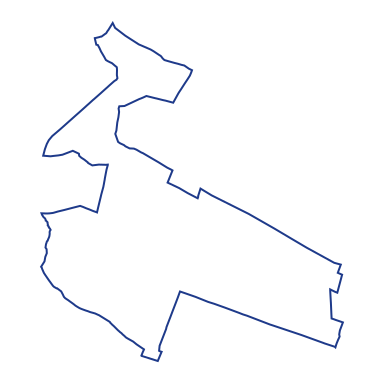 outline of Cuapiaxtla de Madero, Puebla, Mexico
{"feature_id": "50627088B85656564862732", "entity_name": "Cuapiaxtla de Madero", "entity_type": "district", "adm_level": 2, "iso_a3": "MEX", "parent_name": "Mexico", "parent_adm1": "Puebla", "projection": "robinson", "projection_center": [-97.835, 18.928], "detail": "fine", "context": "isolated", "style": "outline", "palette": "blue", "viewbox_px": 384, "rotation_deg": 0, "n_neighbors": 0, "source": "geoboundaries", "source_scale": "gbopen_adm2", "svg_char_len": 4213}
<svg xmlns="http://www.w3.org/2000/svg" viewBox="0 0 384 384"><path d="M274.6,228.7L248.7,213.9L211.7,195.4L204.6,191.1L200.5,188.6L198.1,196.2L198.2,196.9L197.7,198.3L187.7,193.1L179.2,188.1L167.6,182.6L172.5,170.4L171.3,169.7L167.3,167.7L159.2,162.7L158.9,162.5L142.8,153.1L141.3,152.5L136.5,149.7L133.9,148.6L129.6,148.4L125.4,146.3L124.0,145.1L120.1,143.3L118.1,141.9L115.3,133.9L116.4,130.5L116.7,127.8L117.3,122.4L118.4,117.3L119.1,111.9L118.6,108.5L119.3,106.3L124.5,106.0L139.4,99.0L139.7,98.9L140.8,98.5L143.2,97.5L146.4,96.0L149.6,96.8L155.2,98.2L156.6,98.5L163.0,100.1L164.4,100.4L165.4,100.6L168.0,101.3L172.1,102.4L173.2,102.7L178.1,93.8L178.7,92.8L178.8,92.6L181.2,89.0L184.8,83.4L187.6,79.2L189.9,75.6L191.2,72.5L192.0,70.2L188.9,68.7L184.3,65.5L181.3,64.8L178.0,63.8L174.4,62.9L171.2,62.0L168.7,61.3L164.6,60.1L164.0,59.7L163.3,59.0L162.5,58.2L161.4,56.7L160.9,56.1L160.2,55.6L159.2,55.0L153.5,51.2L150.6,49.5L138.8,44.4L125.3,35.7L115.1,27.9L112.7,23.0L108.1,30.4L107.8,30.6L106.2,33.2L105.8,33.5L105.3,33.8L101.5,36.6L100.8,36.6L99.3,37.1L95.1,38.1L94.8,38.1L94.8,38.3L95.3,40.5L96.3,44.7L97.8,45.0L99.5,48.1L101.1,51.7L101.2,51.8L101.8,52.8L104.1,56.7L105.9,60.0L106.6,60.4L107.5,61.0L108.5,61.5L110.7,62.6L111.5,62.9L112.0,63.2L113.2,64.2L114.7,65.5L116.7,67.1L116.9,67.9L117.0,70.2L116.9,73.9L116.9,74.0L116.9,75.3L117.2,76.8L117.4,78.3L117.0,78.8L116.5,79.7L114.4,81.0L112.9,82.3L111.2,83.8L109.4,85.4L106.9,87.7L106.3,88.2L101.4,92.6L101.2,92.8L93.6,99.5L93.3,99.7L88.9,103.7L86.4,105.9L86.0,106.3L84.1,108.0L79.3,112.3L76.0,115.2L73.2,117.7L69.6,120.9L60.4,129.1L52.2,136.1L48.8,140.2L46.8,144.0L44.9,149.2L43.2,155.7L50.5,156.3L53.8,155.9L58.4,155.4L62.5,154.7L69.1,152.2L72.8,150.8L78.9,153.7L79.2,155.8L81.3,157.7L84.4,159.7L87.9,162.5L88.1,163.0L92.3,165.4L98.8,164.6L106.0,164.8L107.8,164.6L107.8,165.0L106.8,168.6L106.7,169.0L106.6,169.3L106.1,171.8L104.8,178.7L104.7,179.6L104.3,181.7L103.8,184.5L103.3,187.1L103.2,187.4L101.3,194.4L100.7,197.0L99.5,201.9L98.2,207.3L97.0,212.4L96.8,212.3L93.1,211.0L89.5,209.5L86.0,208.2L84.4,207.5L82.7,206.8L80.1,205.9L71.9,208.0L64.2,210.0L58.0,211.5L53.5,212.8L52.5,213.0L49.1,213.4L46.5,213.5L43.9,213.4L41.5,213.3L42.1,214.9L43.0,216.3L43.6,217.2L44.8,218.2L45.4,219.1L45.7,220.0L45.7,220.5L46.0,220.6L46.3,220.9L46.6,221.4L47.3,221.9L47.6,222.6L47.6,223.6L47.9,224.5L47.7,225.3L48.0,225.8L48.6,226.3L48.7,226.5L48.7,226.9L48.7,227.0L48.8,227.2L49.0,227.3L49.1,227.5L49.2,227.9L49.3,228.0L49.8,228.4L50.2,229.1L50.6,229.9L49.8,231.2L49.6,232.1L49.7,233.2L49.6,234.7L49.3,236.5L48.8,237.8L48.0,239.6L47.7,240.7L47.2,241.0L46.8,241.7L46.5,242.8L46.0,244.2L45.5,247.6L46.6,249.2L46.8,253.2L45.3,256.9L44.5,261.4L41.1,266.8L41.7,267.5L42.1,268.8L43.9,272.9L45.4,275.2L48.7,280.0L51.9,284.4L53.1,286.0L53.9,286.7L54.5,287.2L55.2,287.5L56.6,288.4L57.1,288.3L61.2,291.4L62.9,294.6L63.9,296.8L65.2,298.2L67.6,299.8L68.1,300.1L69.7,301.3L71.8,302.8L73.7,304.2L75.4,305.6L77.3,306.8L79.5,308.1L81.6,309.0L83.5,309.7L85.7,310.5L87.9,311.2L90.2,312.1L92.8,312.8L95.2,313.5L97.8,314.7L99.0,315.2L109.8,321.9L110.3,322.8L111.1,323.5L111.9,324.4L112.9,325.3L113.7,326.0L114.6,326.9L115.6,327.9L116.4,328.7L117.2,329.5L118.0,330.3L118.6,330.8L119.4,331.5L120.0,332.1L120.7,332.6L121.5,333.2L122.6,334.4L123.7,335.3L124.9,336.4L125.9,337.4L127.5,338.4L130.7,340.2L133.2,341.6L136.5,344.3L144.0,349.4L143.9,349.7L142.7,352.3L141.4,355.7L141.6,355.9L157.8,361.0L157.9,360.8L158.2,360.0L161.6,351.8L160.2,351.4L159.1,350.8L159.6,345.8L166.1,329.0L166.5,327.1L169.3,319.8L170.2,317.5L172.2,312.2L174.2,307.0L176.5,301.0L177.9,297.3L180.0,291.5L185.0,293.2L195.6,296.9L208.1,301.9L214.2,303.8L222.6,306.8L224.3,307.4L231.6,310.1L239.1,312.9L242.9,314.4L247.0,315.7L270.2,324.6L271.2,324.9L301.4,335.0L323.8,343.1L324.2,343.3L334.6,346.7L335.4,347.4L336.1,345.0L336.8,343.0L338.2,339.6L339.6,336.6L339.2,334.4L339.9,330.4L341.0,327.5L342.9,322.4L341.5,321.9L335.6,319.9L334.3,319.4L332.2,318.7L331.6,318.5L331.4,314.3L330.9,302.9L330.6,298.0L330.5,296.1L330.2,290.6L330.2,289.4L335.0,291.8L336.8,292.5L337.3,292.7L342.1,274.7L340.0,273.8L337.8,272.8L340.8,264.6L334.2,262.8L306.7,247.7L291.1,238.5L274.6,228.7Z" fill="none" stroke="#1e3a8a" stroke-width="2"/></svg>